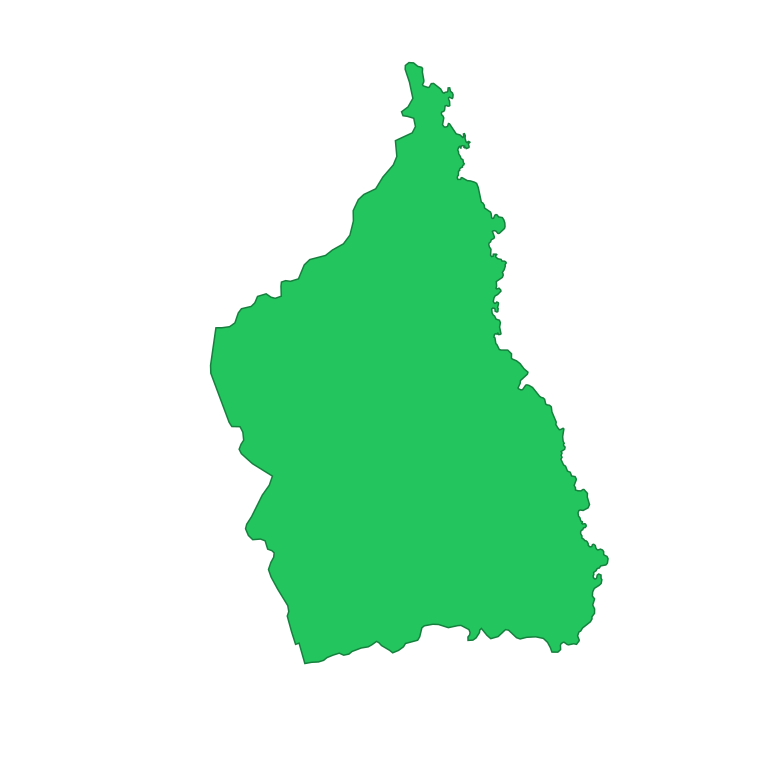 Plácido Rosas, Cerro Largo, Uruguay (Mercator projection), rotated 255°
{"feature_id": "84410073B56637249080242", "entity_name": "Plácido Rosas", "entity_type": "district", "adm_level": 2, "iso_a3": "URY", "parent_name": "Uruguay", "parent_adm1": "Cerro Largo", "projection": "mercator", "projection_center": [-53.692, -32.681], "detail": "fine", "context": "isolated", "style": "filled", "palette": "green", "viewbox_px": 768, "rotation_deg": 255, "n_neighbors": 0, "source": "geoboundaries", "source_scale": "gbopen_adm2", "svg_char_len": 6150}
<svg xmlns="http://www.w3.org/2000/svg" viewBox="0 0 768 768"><g transform="rotate(255 384 384)"><path d="M481.8,236.2L446.9,221.3L439.2,219.5L387.0,224.5L382.3,226.0L380.0,233.9L374.0,235.2L366.0,233.9L362.9,230.4L358.5,227.2L353.6,228.2L341.1,236.3L323.9,252.4L315.9,247.0L308.2,237.7L290.1,221.7L284.1,215.1L280.0,212.8L272.8,213.8L267.6,216.9L266.2,224.6L263.3,228.6L254.6,228.9L252.0,232.6L249.3,234.2L245.2,232.6L241.0,228.6L234.7,224.4L226.7,225.0L213.4,228.2L194.8,233.7L188.8,233.1L184.9,230.5L168.8,230.6L155.4,231.2L155.7,234.9L134.5,235.2L133.9,242.2L132.5,248.7L132.7,254.2L134.5,258.2L135.3,264.6L135.6,271.1L132.5,274.9L132.2,280.2L133.9,283.9L134.9,293.6L134.2,300.7L135.3,305.0L137.3,310.2L135.3,312.2L132.0,313.9L125.2,320.6L122.1,322.8L122.9,329.1L125.1,334.8L127.8,337.6L127.8,350.2L130.5,353.0L138.7,357.5L140.0,360.4L139.3,369.0L137.6,374.4L132.0,383.1L131.5,392.8L130.9,395.9L124.8,402.5L121.6,402.8L119.4,401.7L117.9,399.6L114.6,398.8L113.6,403.6L114.9,407.2L119.1,411.8L121.6,412.9L122.7,414.8L114.6,418.4L110.4,421.2L110.5,428.9L115.3,437.8L114.0,440.6L104.7,446.3L102.5,449.5L102.4,456.3L100.5,465.2L97.0,472.1L92.1,475.1L86.1,476.5L81.6,476.8L80.0,482.5L81.2,484.9L81.9,485.9L86.0,486.8L87.3,487.8L88.1,490.1L88.0,491.1L85.0,493.5L84.3,494.7L84.0,500.0L82.7,502.6L85.4,506.0L86.2,506.3L90.6,505.8L94.0,508.1L94.5,510.1L96.9,512.6L100.9,521.8L103.2,524.1L105.3,524.6L108.0,528.0L112.2,529.2L116.5,528.4L121.9,531.8L125.2,530.4L129.1,531.7L132.1,534.2L134.0,540.1L135.2,542.2L138.6,543.8L140.2,543.4L143.3,544.2L144.9,542.2L144.2,540.5L141.6,539.2L141.1,538.5L141.0,537.4L141.4,536.8L143.3,536.1L144.8,536.5L145.4,537.3L147.7,537.7L148.8,540.6L150.0,541.4L150.7,543.1L150.5,544.3L152.2,546.3L151.8,551.5L153.1,553.4L157.2,555.2L159.7,554.8L161.7,552.5L162.5,552.1L165.3,552.8L167.1,552.1L168.5,550.3L168.3,547.7L169.2,546.7L171.0,546.2L173.3,546.3L174.9,545.1L174.9,543.8L173.2,542.6L173.3,540.9L175.2,539.5L176.9,539.9L178.9,539.5L180.2,538.6L180.8,537.4L182.5,536.7L184.0,535.3L186.1,535.9L188.3,535.2L190.7,535.8L191.7,537.2L191.7,538.1L193.4,539.5L193.3,541.2L194.2,542.4L195.2,542.7L196.6,542.4L197.1,541.7L197.4,539.5L198.2,539.0L199.1,539.9L199.7,539.9L200.8,538.6L204.2,538.6L206.0,537.7L209.4,538.1L211.3,539.5L211.5,540.9L210.3,543.6L211.5,549.0L214.3,551.3L222.2,551.1L225.7,552.2L230.3,549.9L230.6,549.0L229.8,546.5L230.6,543.8L232.1,541.5L234.2,542.1L236.8,541.4L241.8,545.0L242.7,545.1L245.1,544.6L246.6,541.4L250.5,541.1L252.4,538.7L257.6,538.1L259.4,536.5L265.6,535.4L267.1,537.0L269.3,536.6L271.2,538.1L272.9,537.6L274.2,541.6L276.2,542.6L278.0,541.6L279.7,542.0L280.0,542.7L282.3,542.2L286.8,542.9L294.0,546.1L294.9,545.5L294.3,542.9L294.5,541.5L296.8,540.5L300.4,539.5L302.6,540.5L313.6,539.0L318.6,539.7L320.6,538.4L321.7,536.0L322.9,535.0L327.6,535.2L329.2,534.3L330.5,532.2L332.1,531.0L342.2,526.6L345.2,523.6L346.2,521.8L346.2,520.6L342.7,516.4L342.8,514.8L344.8,512.5L345.6,512.5L349.4,515.7L352.0,516.7L356.4,525.1L358.2,526.1L362.4,523.2L368.5,520.7L372.1,518.0L374.9,514.4L376.0,513.8L380.2,515.0L384.7,512.3L386.5,505.8L387.5,504.3L392.7,503.3L394.1,502.5L399.8,503.1L400.8,502.3L403.1,503.4L403.7,504.5L402.9,506.2L403.7,506.8L403.5,507.3L402.1,507.5L401.8,509.0L402.2,510.0L409.1,510.4L413.1,512.3L415.7,512.0L417.6,509.1L421.0,508.4L422.5,507.3L424.5,506.8L428.5,507.4L429.2,508.8L428.5,510.2L427.7,510.6L425.5,510.2L424.3,511.7L424.5,512.7L427.3,513.8L428.5,513.5L431.9,515.4L433.0,515.4L434.0,514.2L433.1,512.7L433.3,511.6L435.4,510.9L438.6,512.5L440.3,514.1L441.0,516.9L443.4,521.0L444.6,521.1L446.8,519.9L446.6,517.9L446.8,517.2L447.5,517.0L449.4,518.1L453.9,519.0L456.3,525.8L458.0,527.2L459.4,527.5L461.1,527.2L463.2,529.6L466.3,531.6L468.0,531.9L469.3,533.4L470.4,533.2L471.4,532.3L472.2,529.8L474.0,529.4L475.5,526.4L477.7,524.9L479.1,525.0L479.7,526.4L480.4,526.0L481.1,523.2L479.1,522.4L479.3,520.8L480.8,520.3L486.5,522.2L489.1,521.3L491.7,521.3L492.9,522.0L493.8,523.8L495.5,524.9L496.2,527.8L496.8,528.4L497.6,528.7L503.3,528.2L503.7,529.2L503.4,530.8L502.4,531.9L500.1,532.9L499.7,533.8L499.8,534.6L503.0,540.6L504.6,541.6L508.3,542.4L511.6,542.2L514.1,541.4L515.7,538.0L518.2,536.9L518.7,536.0L518.3,534.7L515.7,532.7L515.9,531.5L516.8,531.0L520.8,531.6L522.6,531.3L527.9,526.7L530.8,527.1L533.1,526.4L534.6,525.1L549.4,525.9L553.8,525.4L555.5,523.7L557.8,520.0L558.9,517.1L563.1,512.8L563.3,512.0L561.8,511.0L562.5,508.3L564.1,508.1L565.7,508.8L566.4,509.9L570.2,511.0L570.7,512.4L571.7,512.5L572.8,513.6L573.2,515.9L574.1,516.2L574.9,516.9L575.0,517.8L576.1,518.5L577.2,518.0L580.2,518.3L581.9,516.7L583.9,516.7L587.0,515.7L589.3,516.1L590.9,515.7L593.3,517.4L594.0,518.5L593.8,519.1L592.3,518.9L592.0,519.3L593.8,520.2L593.9,521.7L592.9,523.4L592.1,522.4L591.3,522.9L591.3,524.1L590.1,524.4L590.4,527.1L590.9,527.6L595.1,527.7L595.2,528.6L594.8,529.0L595.3,529.6L596.4,528.6L595.9,526.4L597.0,525.9L600.5,525.9L602.8,526.8L605.0,526.5L605.0,525.5L602.0,524.8L601.7,523.9L604.9,521.9L606.9,518.5L618.4,514.6L618.9,513.7L616.4,512.0L616.2,510.3L616.6,508.8L619.2,507.6L625.5,510.6L627.4,510.4L629.1,509.4L630.9,509.5L631.8,510.5L631.9,512.3L633.0,513.5L636.7,514.9L636.8,516.7L635.8,517.6L635.6,518.8L635.9,519.6L640.2,520.5L642.2,520.1L643.7,520.4L644.1,521.5L642.1,523.7L642.6,524.5L645.5,525.6L647.5,525.4L649.6,524.0L653.1,524.1L653.4,522.6L650.3,521.4L649.6,520.4L650.0,518.7L649.4,517.3L650.4,516.1L654.3,515.1L661.5,509.7L661.9,507.4L659.0,504.5L659.0,503.3L661.8,499.1L663.2,498.7L665.5,500.6L667.1,501.1L675.4,501.8L678.6,502.9L680.1,502.4L682.1,498.8L686.5,495.7L688.0,491.3L686.2,487.1L682.5,485.9L669.0,486.7L652.4,485.8L645.4,478.9L642.4,471.4L638.2,471.8L636.5,475.8L633.0,481.5L624.5,481.0L619.3,476.3L616.1,458.0L600.5,455.3L593.2,449.7L584.2,436.5L574.7,426.5L572.3,413.6L568.8,407.0L559.4,399.1L549.3,396.6L536.6,389.6L529.9,381.1L526.8,368.9L523.3,360.8L523.4,344.5L519.7,337.8L507.7,328.6L507.4,320.2L509.3,315.7L509.0,311.3L505.1,309.8L495.4,307.5L494.9,301.1L497.1,297.3L501.6,293.5L501.3,284.5L495.8,280.2L493.3,275.8L493.6,265.8L490.3,261.6L481.6,255.8L479.3,249.7L480.3,241.9L481.8,236.2Z" fill="#22c55e" stroke="#15803d" stroke-width="1.5"/></g></svg>